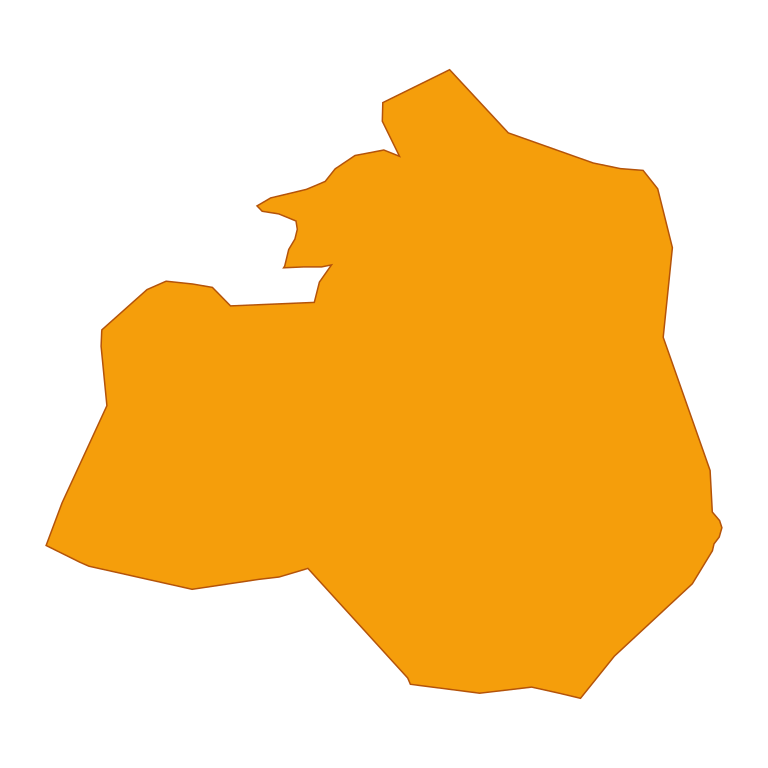 outline of Mbo, Akwa Ibom, Nigeria
{"feature_id": "59680162B50421987640425", "entity_name": "Mbo", "entity_type": "district", "adm_level": 2, "iso_a3": "NGA", "parent_name": "Nigeria", "parent_adm1": "Akwa Ibom", "projection": "mercator", "projection_center": [8.239, 4.651], "detail": "fine", "context": "isolated", "style": "filled", "palette": "amber", "viewbox_px": 768, "rotation_deg": 0, "n_neighbors": 0, "source": "geoboundaries", "source_scale": "gbopen_adm2", "svg_char_len": 919}
<svg xmlns="http://www.w3.org/2000/svg" viewBox="0 0 768 768"><path d="M257.0,205.9L262.2,211.3L278.7,213.9L296.0,221.0L297.3,229.3L294.9,239.1L288.7,249.5L284.7,266.1L283.6,267.8L304.0,266.9L321.7,266.9L331.5,264.9L319.4,282.1L314.3,302.4L230.5,305.9L212.4,287.4L192.6,284.0L166.1,281.2L147.0,289.6L101.9,329.8L101.7,331.6L101.1,346.3L106.9,405.7L62.1,502.8L46.1,545.5L80.0,562.3L88.9,566.2L192.1,589.3L258.5,579.4L279.1,577.0L307.9,568.4L407.7,678.0L410.4,684.3L479.6,693.2L531.6,687.1L558.2,693.0L580.5,698.3L614.4,656.1L692.3,583.8L712.4,550.8L714.0,543.9L719.2,537.1L721.9,527.7L719.6,520.6L712.3,512.0L710.1,470.5L663.2,337.3L672.4,247.7L657.7,188.8L643.1,170.4L620.3,168.6L593.2,163.0L508.3,132.9L449.6,69.7L382.8,102.6L382.3,121.2L399.5,156.3L383.8,150.0L355.0,155.5L335.2,168.8L331.7,173.2L325.2,181.4L313.5,186.4L306.3,189.4L270.7,197.9L257.0,205.9Z" fill="#f59e0b" stroke="#b45309" stroke-width="1.5"/></svg>